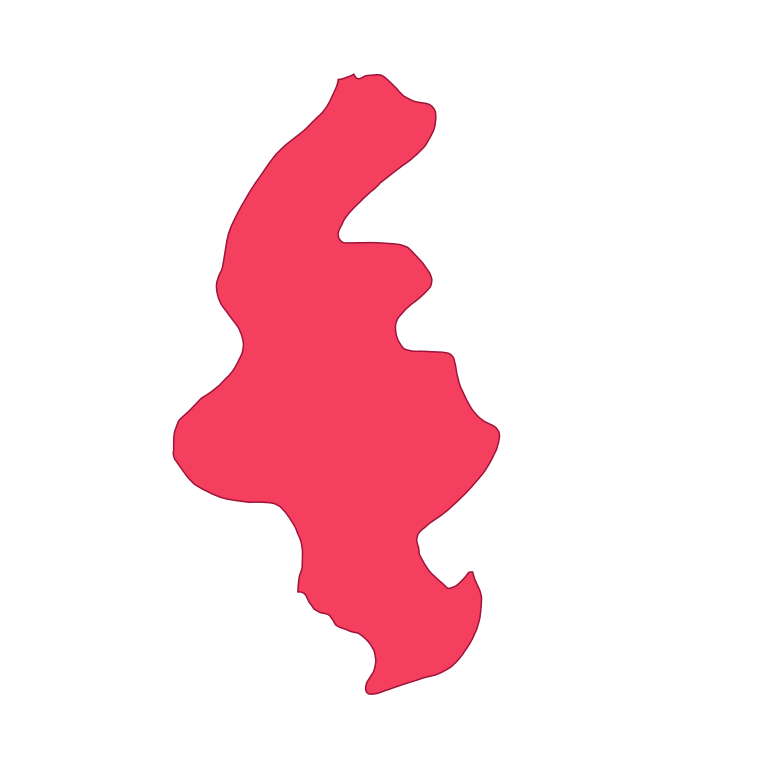 Ly Nhan, Hà Nam, Vietnam, rotated 225°
{"feature_id": "81297802B63925273406451", "entity_name": "Ly Nhan", "entity_type": "district", "adm_level": 2, "iso_a3": "VNM", "parent_name": "Vietnam", "parent_adm1": "Hà Nam", "projection": "natural_earth1", "projection_center": [106.086, 20.548], "detail": "fine", "context": "isolated", "style": "filled", "palette": "rose", "viewbox_px": 768, "rotation_deg": 225, "n_neighbors": 0, "source": "geoboundaries", "source_scale": "gbopen_adm2", "svg_char_len": 6171}
<svg xmlns="http://www.w3.org/2000/svg" viewBox="0 0 768 768"><g transform="rotate(225 384 384)"><path d="M527.1,538.3L526.2,545.1L525.4,551.1L524.7,554.9L523.8,560.7L523.6,563.5L523.3,567.9L523.2,569.4L523.1,571.5L523.2,574.2L523.1,576.2L523.3,580.9L523.7,583.2L524.9,587.8L525.8,591.0L526.9,594.6L527.9,597.3L528.8,599.5L529.7,601.2L530.7,602.7L531.4,603.7L535.0,608.3L536.8,610.0L538.8,611.8L540.4,612.9L542.1,613.6L543.7,614.0L545.2,614.2L547.0,614.2L548.8,613.9L550.7,613.2L552.7,612.1L558.3,608.0L560.0,606.8L561.9,605.6L563.9,604.6L565.9,603.9L570.3,602.5L574.1,601.5L575.9,601.5L579.6,601.5L583.5,601.8L588.8,601.8L595.6,601.7L599.6,601.5L602.3,601.0L603.4,600.7L604.3,600.4L605.5,599.6L607.2,598.2L610.3,594.6L611.8,592.9L613.2,591.2L614.6,589.5L615.4,587.8L616.1,585.5L616.4,584.2L616.9,582.9L617.9,581.8L619.0,581.1L619.8,580.8L620.8,580.8L621.2,580.8L624.4,581.7L624.9,579.8L625.7,577.7L627.1,574.8L627.9,573.0L628.7,571.3L630.6,568.2L631.7,567.0L630.3,565.1L628.6,562.3L627.4,559.6L626.1,556.3L624.7,552.3L623.3,548.6L622.0,544.8L620.7,540.2L620.1,536.7L619.6,533.1L619.5,528.9L619.7,525.9L619.8,518.1L619.7,513.8L619.7,509.5L619.9,505.6L621.1,496.0L621.7,491.3L622.2,487.0L622.7,481.9L622.8,476.5L622.8,470.4L622.5,467.6L621.4,459.4L619.4,448.5L618.3,443.0L617.0,434.9L615.6,428.3L615.0,425.6L614.3,422.9L613.7,420.6L610.7,409.2L608.0,400.2L603.8,388.1L600.5,380.9L598.8,378.0L596.0,373.6L586.6,360.6L581.4,353.3L580.5,351.9L579.9,350.7L579.2,349.3L578.5,347.0L577.7,344.7L576.8,342.7L574.5,338.2L573.9,337.3L572.3,335.3L570.4,333.5L568.3,331.8L566.1,330.2L561.4,327.5L556.4,325.5L552.4,324.6L547.3,324.0L541.2,323.0L531.4,321.7L527.7,321.1L525.2,320.4L519.3,317.9L516.0,316.0L513.7,314.5L511.1,312.4L509.0,309.8L506.5,306.1L505.3,303.4L502.1,293.9L500.8,289.3L500.1,285.6L499.6,280.4L499.7,276.4L499.6,271.1L499.5,266.3L499.9,262.7L500.3,258.9L500.7,255.8L501.9,249.9L502.7,246.7L503.0,245.1L503.1,243.5L503.1,241.9L503.0,239.8L502.9,235.2L502.8,230.2L502.8,227.9L502.8,225.6L503.1,219.6L503.3,216.0L503.3,215.2L503.3,214.3L503.1,213.2L502.8,211.8L500.9,207.6L498.8,203.1L497.4,200.9L495.2,198.0L490.2,192.7L486.2,188.8L485.6,188.0L484.9,187.0L484.2,186.1L483.4,185.5L482.4,184.7L480.1,183.4L478.9,182.9L461.4,179.9L455.1,179.1L450.0,179.0L446.7,179.2L444.1,179.8L438.1,181.3L427.4,184.9L419.6,188.2L413.2,191.9L406.0,197.1L395.7,205.0L391.3,209.7L385.4,215.3L380.9,219.2L378.1,221.2L375.8,222.4L370.7,223.9L363.0,223.6L355.6,222.4L347.9,220.6L344.0,219.4L339.6,217.4L333.6,215.1L329.5,212.8L324.0,208.7L320.5,205.2L316.9,201.4L312.9,197.3L311.2,195.0L309.8,192.2L308.5,189.3L307.9,188.2L305.1,184.5L302.2,180.9L297.9,176.1L296.5,177.5L295.2,178.4L294.2,178.9L293.3,179.2L292.2,179.4L291.2,179.4L289.9,179.3L285.0,177.6L283.7,177.1L281.7,176.6L279.0,176.4L275.2,175.5L273.9,175.5L271.5,176.1L268.1,177.0L266.3,177.9L262.9,180.3L261.6,181.0L260.3,181.6L258.9,181.8L257.7,181.7L253.6,181.0L251.4,180.5L250.0,180.0L249.2,179.8L248.4,179.6L247.5,179.6L246.4,179.8L245.2,180.0L243.4,180.6L237.7,183.4L234.1,184.8L233.1,185.2L229.8,187.1L227.3,188.8L225.7,189.6L224.7,189.9L221.8,190.4L215.8,190.8L213.0,190.7L208.7,190.1L205.1,189.1L202.9,188.6L200.6,187.3L196.8,184.7L194.2,182.6L192.8,181.0L190.7,178.0L188.8,174.9L187.6,172.3L187.1,169.1L186.5,166.9L185.6,162.5L184.7,159.9L182.7,156.8L181.4,155.4L180.3,154.5L178.6,153.9L177.7,153.8L176.9,153.8L176.3,153.8L175.6,154.1L174.8,154.6L172.1,157.5L170.1,160.2L167.6,165.2L166.6,167.7L165.1,170.4L162.5,176.0L159.0,183.1L156.6,187.9L150.8,199.0L148.7,203.4L144.8,209.9L143.0,212.8L141.7,215.0L140.4,218.0L139.2,221.3L138.4,224.1L137.8,226.1L137.0,229.2L136.5,232.0L136.3,239.0L136.7,244.3L137.2,248.3L137.7,250.8L138.2,253.1L138.9,257.0L139.8,261.1L141.5,266.9L145.3,276.7L146.9,279.6L148.5,282.6L150.7,286.2L154.5,291.2L157.9,295.2L159.6,297.2L161.9,299.7L163.8,301.8L164.7,302.5L166.0,303.3L168.5,304.9L171.1,306.1L175.7,307.8L178.7,308.9L181.7,310.1L188.5,313.7L190.0,312.1L190.7,311.0L190.8,310.5L190.9,309.9L190.8,309.3L190.2,306.4L190.0,303.6L189.9,299.2L190.0,295.1L190.3,292.5L190.8,290.8L191.8,288.5L192.4,287.2L193.3,285.7L194.1,284.9L194.9,284.6L196.3,284.4L200.4,284.4L208.6,283.9L215.4,283.6L216.9,283.6L221.1,284.0L223.8,284.5L228.8,285.6L237.0,288.0L239.0,288.9L239.7,289.4L243.6,292.6L248.9,295.5L250.1,296.3L250.8,297.1L252.7,299.8L253.5,301.5L253.8,302.3L254.0,303.3L254.1,304.1L254.2,306.8L253.7,311.7L253.4,316.5L253.4,317.4L253.2,318.4L252.3,323.3L251.6,326.8L250.6,332.2L250.1,336.9L249.7,339.8L249.5,345.4L249.2,350.7L249.2,351.6L249.1,353.9L249.1,357.8L249.0,363.7L249.2,369.3L249.3,373.4L249.6,376.4L249.9,381.0L250.1,383.6L250.5,388.3L250.8,390.9L250.9,391.8L251.4,394.8L252.1,397.6L253.1,401.8L253.8,404.4L255.4,409.4L256.0,410.9L258.1,417.2L259.1,419.0L261.7,423.6L264.5,427.7L266.1,429.4L268.8,431.3L270.2,431.7L272.0,432.1L273.8,432.3L275.7,432.1L277.8,431.6L281.1,430.4L285.1,429.0L287.1,428.4L289.9,428.0L293.2,427.6L296.9,427.6L301.8,428.0L305.0,428.5L309.0,429.6L313.6,430.9L328.0,436.1L331.6,437.9L334.9,439.9L339.8,442.8L346.4,447.6L351.6,450.8L353.3,451.7L354.6,451.9L356.8,452.1L359.2,451.8L360.7,451.0L365.2,447.8L367.9,445.3L373.1,440.5L376.4,437.6L381.4,433.0L384.2,430.0L387.1,427.4L391.1,424.8L393.4,423.6L394.3,423.3L395.3,423.1L396.1,423.1L397.1,423.1L400.5,423.7L405.6,425.1L410.3,427.5L413.7,430.1L416.1,432.3L418.0,434.5L419.0,436.3L419.9,438.4L420.6,440.3L420.8,441.3L421.1,445.2L421.5,452.0L421.4,454.3L421.1,459.4L420.2,465.5L419.7,470.6L419.5,477.1L419.6,482.2L419.9,485.2L420.2,486.2L421.0,487.8L422.6,490.1L424.4,492.0L426.3,493.1L429.8,494.7L431.8,495.1L435.4,495.7L441.7,496.9L444.9,497.1L454.0,497.4L460.6,497.5L463.3,497.4L464.3,497.2L466.3,496.3L469.9,494.6L472.2,493.2L476.5,489.8L482.0,485.0L485.0,482.4L492.6,475.4L498.3,469.5L503.0,464.7L507.9,459.6L511.6,456.0L512.5,455.3L513.7,454.9L514.9,454.7L516.9,454.8L518.6,455.1L520.3,455.9L521.8,457.0L523.2,458.5L524.5,460.8L525.2,462.7L526.4,466.6L528.3,471.7L529.0,475.8L529.6,480.1L529.8,486.4L529.9,489.5L529.7,496.2L529.8,499.4L529.6,503.3L529.4,509.6L528.8,515.2L528.7,520.6L528.9,523.6L528.6,525.9L527.8,532.3L527.3,536.5L527.1,538.3Z" fill="#f43f5e" stroke="#9f1239" stroke-width="1.5"/></g></svg>